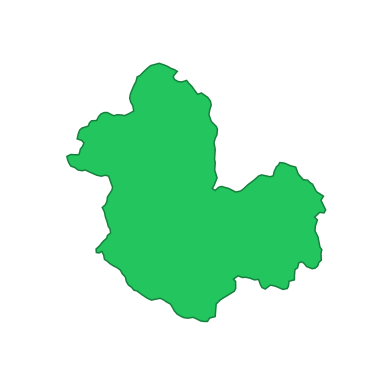 Palmópolis, Minas Gerais, Brazil (Mercator projection), rotated 331°
{"feature_id": "56859067B65800178353877", "entity_name": "Palmópolis", "entity_type": "district", "adm_level": 2, "iso_a3": "BRA", "parent_name": "Brazil", "parent_adm1": "Minas Gerais", "projection": "mercator", "projection_center": [-40.373, -16.779], "detail": "fine", "context": "isolated", "style": "filled", "palette": "green", "viewbox_px": 384, "rotation_deg": 331, "n_neighbors": 0, "source": "geoboundaries", "source_scale": "gbopen_adm2", "svg_char_len": 2836}
<svg xmlns="http://www.w3.org/2000/svg" viewBox="0 0 384 384"><g transform="rotate(331 192 192)"><path d="M241.4,91.8L238.6,91.3L235.9,90.5L233.3,88.5L231.2,85.1L231.5,81.9L234.1,80.7L237.6,79.4L236.0,76.5L233.6,73.8L231.9,70.8L229.5,67.7L225.7,63.5L221.2,62.4L217.0,61.4L213.1,62.1L209.6,63.0L206.3,63.9L203.2,64.9L199.9,64.7L196.3,68.5L193.5,70.2L191.2,71.9L188.6,74.0L185.5,76.5L182.9,79.9L182.0,83.7L182.0,88.0L180.3,92.9L175.1,92.9L170.3,92.6L167.5,90.4L164.2,88.2L160.6,87.4L158.6,84.6L156.5,81.5L153.7,79.9L150.2,79.6L147.1,80.7L143.2,83.2L138.6,81.0L135.7,81.9L133.3,84.0L130.3,83.5L126.8,82.7L124.0,83.3L120.9,85.8L117.3,89.9L120.4,93.2L121.3,96.6L118.0,99.3L115.3,100.2L113.4,102.4L111.1,104.5L107.6,102.6L104.2,100.4L99.8,100.2L98.8,103.7L98.4,107.1L98.6,110.7L101.3,113.7L103.0,117.5L106.1,120.1L109.3,121.0L111.8,124.5L114.3,127.8L116.9,131.2L120.3,134.2L124.3,135.3L126.8,137.7L126.1,141.6L125.5,144.9L124.9,149.2L122.8,151.6L119.5,153.3L115.7,155.3L112.9,159.1L109.9,161.2L106.0,162.0L105.7,167.2L104.2,171.7L103.3,177.0L102.1,181.5L102.4,184.5L101.0,188.3L97.0,189.0L94.9,191.1L91.5,191.8L88.7,192.7L85.3,194.2L80.4,195.4L79.0,198.6L81.2,200.3L84.4,200.3L84.2,204.2L82.8,208.5L84.4,211.6L85.4,214.6L87.4,218.4L89.8,221.8L91.5,225.6L91.4,229.9L92.5,233.8L91.2,238.5L91.3,242.6L92.9,245.9L93.6,249.7L95.9,251.9L97.1,254.5L98.8,258.3L101.6,263.6L104.3,267.0L108.3,268.1L112.7,269.6L115.0,272.8L116.4,275.8L118.8,279.6L119.0,284.0L118.9,287.3L119.8,291.5L122.2,295.6L124.1,298.1L127.2,300.3L132.4,302.3L137.0,308.9L139.8,311.1L142.8,312.7L146.3,310.8L151.9,312.2L157.0,304.5L158.8,301.7L164.8,300.0L180.8,299.3L183.5,297.5L186.8,291.3L186.0,288.4L191.6,287.6L194.6,291.2L197.8,292.7L201.1,295.7L204.1,299.2L207.8,300.7L206.9,306.6L206.9,309.5L209.0,312.4L215.3,311.4L218.2,313.8L220.1,315.8L224.3,321.3L228.5,322.6L230.8,321.0L233.6,317.1L239.0,318.5L241.2,314.6L244.4,309.8L247.6,309.5L250.9,305.8L253.9,306.1L255.4,308.6L256.1,312.8L259.9,317.4L262.9,318.3L266.0,317.7L268.9,315.0L272.0,314.4L275.0,308.3L277.6,305.3L277.2,302.3L278.2,299.2L280.4,292.3L280.7,285.8L283.1,281.9L288.2,277.2L287.0,273.5L293.8,271.7L297.3,274.3L300.2,272.5L300.8,261.7L305.0,259.4L301.0,252.0L301.2,243.6L299.6,240.6L299.0,237.8L295.3,235.2L293.6,227.6L294.8,220.5L290.9,216.8L286.9,211.6L283.1,208.8L280.7,210.3L278.0,210.9L273.7,214.0L270.9,217.2L267.8,216.6L261.2,210.8L258.1,210.3L251.9,211.7L244.6,212.7L238.7,214.2L235.0,214.7L230.3,213.3L225.8,206.7L220.5,201.4L217.6,200.8L212.9,201.9L211.5,198.7L214.9,196.6L220.8,191.8L222.5,183.8L226.6,177.5L227.6,174.3L232.9,166.1L235.2,159.5L238.3,156.3L241.6,154.0L244.7,149.4L245.0,146.5L243.1,139.7L244.3,132.5L247.3,128.8L250.9,125.4L252.2,121.4L251.6,116.8L248.2,109.9L244.3,109.3L243.5,103.8L243.1,99.6L241.9,95.5L241.4,91.8Z" fill="#22c55e" stroke="#15803d" stroke-width="1.5"/></g></svg>